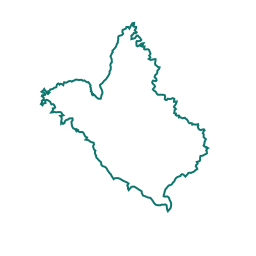 General Carneiro, Paraná, Brazil (Albers equal-area conic projection), rotated 334°
{"feature_id": "56859067B36674538841935", "entity_name": "General Carneiro", "entity_type": "district", "adm_level": 2, "iso_a3": "BRA", "parent_name": "Brazil", "parent_adm1": "Paraná", "projection": "albers", "projection_center": [-51.392, -26.479], "detail": "fine", "context": "isolated", "style": "outline", "palette": "teal", "viewbox_px": 256, "rotation_deg": 334, "n_neighbors": 0, "source": "geoboundaries", "source_scale": "gbopen_adm2", "svg_char_len": 5599}
<svg xmlns="http://www.w3.org/2000/svg" viewBox="0 0 256 256"><g transform="rotate(334 128 128)"><path d="M69.8,56.2L68.2,57.1L66.2,57.5L67.1,59.0L68.3,59.7L68.6,61.3L67.8,61.9L65.4,60.9L64.5,61.6L65.6,63.6L65.1,64.7L64.8,66.1L63.6,65.5L62.5,65.8L62.3,67.0L60.2,68.3L61.1,70.1L61.9,69.4L63.2,69.0L64.9,69.3L65.4,67.5L66.9,66.8L68.1,67.9L68.9,69.1L69.5,70.2L69.5,71.4L69.5,73.2L71.1,73.7L71.6,74.7L71.7,76.2L71.5,77.6L70.4,77.9L69.0,77.5L68.8,78.8L65.8,80.4L67.4,81.0L69.1,81.4L69.9,82.2L71.5,82.9L72.5,83.2L74.5,84.3L74.9,85.4L75.0,87.1L75.5,88.2L73.9,88.0L72.4,87.4L72.7,88.5L73.0,89.6L72.3,90.9L70.8,92.8L69.8,94.9L71.3,94.6L71.5,95.8L73.0,95.7L74.0,94.5L75.4,93.8L76.6,93.8L77.8,94.1L79.3,93.7L81.0,94.3L82.3,94.9L81.8,96.6L79.8,97.8L79.2,99.5L78.7,101.2L78.5,102.8L78.7,104.4L79.9,105.7L80.2,107.7L81.2,106.6L82.2,107.9L81.3,108.7L82.2,109.6L82.9,110.5L84.4,111.2L85.5,111.9L85.9,113.7L85.8,115.7L85.9,117.2L87.1,118.6L86.0,119.5L84.8,119.9L86.0,120.8L87.2,121.6L88.0,123.6L89.3,125.1L90.7,126.1L90.2,128.0L89.0,128.7L88.3,129.7L88.3,131.2L88.0,132.4L88.8,134.1L87.8,134.9L87.3,136.3L87.0,137.6L87.3,138.8L86.7,139.9L86.7,141.1L87.4,143.0L87.6,144.3L88.7,146.7L88.5,148.0L87.9,149.3L88.3,150.9L90.0,152.6L90.7,153.6L91.1,155.3L91.1,157.4L91.4,158.6L91.7,160.7L92.3,162.1L92.2,163.5L92.7,167.7L93.9,167.4L95.3,167.8L97.1,168.7L98.5,170.1L99.7,172.0L100.6,173.3L101.5,174.5L102.7,175.8L103.7,177.2L104.1,178.3L102.2,179.2L102.1,181.1L101.4,182.6L101.4,184.1L103.5,183.2L105.3,182.4L107.7,183.2L109.2,185.4L109.9,186.5L110.8,188.2L112.5,190.7L111.9,192.6L111.9,195.3L113.8,197.2L115.2,199.0L117.5,200.6L118.2,203.5L118.6,207.2L119.4,209.2L120.4,210.1L122.8,211.5L124.9,211.7L126.2,212.5L128.1,213.1L128.8,214.4L128.1,216.3L127.4,218.7L127.4,220.3L128.4,219.8L131.0,218.7L132.5,217.1L133.3,215.6L133.7,214.6L134.0,212.9L133.9,211.8L133.9,210.5L134.2,208.9L133.9,207.7L133.1,206.6L132.1,206.2L131.1,205.9L130.1,205.0L131.0,203.6L132.2,202.4L133.0,201.3L133.8,200.6L134.7,199.5L136.1,199.0L137.4,198.4L138.6,197.8L139.8,197.5L141.1,198.0L142.5,197.8L143.6,197.4L144.4,196.7L146.3,196.2L147.6,195.0L149.1,194.1L150.3,193.8L151.5,193.8L152.9,193.9L154.0,194.2L155.1,193.3L156.4,193.2L157.5,194.3L157.9,195.8L158.4,196.9L159.6,196.2L161.2,195.7L162.4,194.9L163.6,195.1L165.0,196.0L166.5,196.0L168.5,196.1L169.9,195.5L171.1,195.3L172.2,195.3L172.4,194.2L172.3,193.0L172.2,191.9L173.0,191.1L174.2,191.0L175.1,190.4L174.9,188.7L176.5,188.9L177.7,189.2L179.0,188.2L179.4,186.9L180.2,185.8L180.9,184.9L182.7,185.6L184.6,185.5L186.3,185.5L187.8,185.4L188.5,183.7L188.4,182.5L189.4,182.0L189.6,180.8L191.0,181.0L190.5,180.0L189.5,178.9L188.6,178.2L188.2,176.9L189.0,176.4L189.7,175.7L190.3,174.7L191.1,173.7L192.1,173.0L193.1,172.1L192.4,170.7L192.0,169.2L192.6,168.1L193.3,166.9L193.0,165.4L194.7,164.0L195.8,163.6L195.6,162.4L194.2,162.0L192.6,161.8L191.7,161.0L191.2,160.0L191.1,158.6L191.3,157.3L192.3,156.6L192.6,155.2L191.3,155.0L190.0,154.5L188.7,153.4L187.2,153.2L187.5,151.7L186.3,151.0L185.2,150.6L184.9,149.2L184.9,147.7L184.7,146.2L183.9,144.9L183.6,143.7L182.3,143.4L181.2,143.2L180.5,142.2L179.5,141.0L178.5,140.8L179.4,139.4L178.6,138.7L177.3,138.4L176.6,137.2L177.4,136.0L176.0,134.9L177.0,133.6L177.8,132.2L179.4,131.9L179.0,130.4L178.5,129.2L179.4,128.5L180.4,128.1L181.4,127.5L182.5,126.6L183.4,125.5L182.2,125.1L180.8,124.6L181.5,123.5L182.4,122.1L181.4,120.8L179.7,120.7L177.9,120.1L176.6,119.1L175.5,119.7L174.4,119.6L173.7,118.3L174.4,117.1L175.2,116.0L175.4,114.6L174.4,113.7L173.1,113.1L171.9,112.3L170.5,111.8L169.3,111.0L168.9,109.5L168.9,107.8L168.3,106.6L167.6,105.6L167.3,104.1L168.8,103.4L170.5,102.6L170.5,101.1L169.9,99.6L169.6,98.0L170.3,96.9L171.4,96.4L172.4,97.2L173.6,98.1L174.6,97.7L175.0,96.0L174.2,94.1L175.2,92.7L176.6,92.1L177.7,91.9L178.9,90.6L179.4,89.5L180.5,89.0L182.0,88.4L183.0,87.3L181.7,86.3L181.0,84.6L180.3,83.2L180.5,82.0L181.5,80.6L182.4,79.3L182.9,78.2L181.3,77.5L179.3,77.1L177.9,76.5L176.9,75.0L178.0,74.8L179.1,74.3L178.8,72.2L179.8,71.7L180.8,71.1L181.1,67.0L180.4,65.9L177.8,65.0L177.1,64.0L178.6,62.0L176.7,61.3L175.7,60.1L177.8,59.7L179.2,58.6L178.0,58.2L176.6,58.1L173.9,58.8L172.4,58.8L171.8,57.7L173.2,54.3L174.1,53.7L175.0,54.4L177.5,55.1L178.6,54.7L178.3,51.9L177.6,50.4L177.3,49.2L176.3,48.8L173.8,50.2L171.7,50.0L170.0,49.6L171.0,48.0L171.6,46.4L173.6,46.1L174.8,45.2L176.6,46.2L177.7,45.8L177.3,44.6L176.8,43.3L177.7,42.4L178.7,42.2L179.6,40.7L177.9,39.7L177.4,38.4L178.6,37.8L179.6,36.2L178.0,35.7L175.9,37.0L173.9,38.6L172.8,39.3L172.6,37.4L170.9,36.5L170.0,37.6L168.6,37.7L166.2,37.5L165.0,39.2L165.0,41.1L163.4,41.8L162.0,41.6L159.9,41.3L158.9,42.2L158.0,44.3L156.9,45.5L156.4,46.8L155.1,47.4L152.9,49.6L151.3,50.4L149.2,51.3L147.9,51.7L147.5,53.3L146.5,53.6L145.3,54.7L143.7,55.8L143.6,58.4L143.1,60.0L142.2,62.0L141.0,62.3L139.7,63.6L139.3,65.6L138.1,67.8L136.1,69.2L135.5,70.7L134.2,71.8L129.7,74.5L127.1,75.2L125.7,75.9L124.7,76.4L122.7,76.8L121.6,77.1L121.1,79.1L121.2,82.1L120.7,84.7L119.8,86.1L118.7,86.7L117.2,88.7L116.3,89.7L114.2,88.7L113.1,86.6L112.3,83.6L111.0,83.2L111.5,82.2L110.4,81.9L111.3,79.9L110.6,78.9L111.5,78.1L111.4,77.0L112.2,75.9L112.1,74.3L113.0,73.5L112.8,71.1L112.4,69.3L111.4,69.1L110.4,67.6L109.6,66.1L108.3,65.8L107.2,64.2L104.8,63.3L103.1,62.0L101.8,61.5L100.4,61.8L99.1,61.4L97.8,61.7L96.7,60.4L95.2,60.0L93.6,60.2L92.2,60.2L90.7,58.9L89.6,60.0L88.6,61.1L87.8,59.5L86.5,58.6L85.5,59.1L84.8,57.4L83.2,57.8L81.4,59.9L79.3,59.5L78.0,59.9L76.1,59.6L75.0,59.3L74.0,60.1L72.2,60.1L71.6,61.2L72.5,61.8L71.0,62.4L70.6,61.3L70.8,59.6L70.0,58.5L69.8,56.2Z" fill="none" stroke="#0f766e" stroke-width="2"/></g></svg>